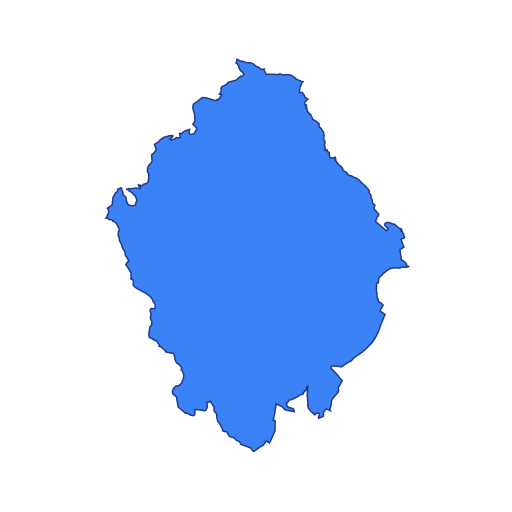 the district of Garbou, Salaj, Romania, rotated 36°
{"feature_id": "2599482B85635598983906", "entity_name": "Garbou", "entity_type": "district", "adm_level": 2, "iso_a3": "ROU", "parent_name": "Romania", "parent_adm1": "Salaj", "projection": "orthographic", "projection_center": [23.428, 47.145], "detail": "fine", "context": "isolated", "style": "filled", "palette": "blue", "viewbox_px": 512, "rotation_deg": 36, "n_neighbors": 0, "source": "geoboundaries", "source_scale": "gbopen_adm2", "svg_char_len": 6150}
<svg xmlns="http://www.w3.org/2000/svg" viewBox="0 0 512 512"><g transform="rotate(36 256 256)"><path d="M368.7,415.6L369.4,414.6L371.4,408.4L373.0,404.9L373.2,399.4L376.7,399.4L376.6,397.7L374.1,386.2L368.3,378.0L366.4,378.8L363.9,372.9L359.3,363.9L365.4,362.6L370.2,363.3L378.3,359.5L377.4,358.3L375.9,357.7L369.9,359.5L367.0,357.3L367.7,356.3L367.5,353.3L370.1,349.8L372.8,344.4L373.2,342.3L375.2,340.4L374.7,337.7L375.4,334.9L373.9,332.2L374.0,331.2L374.3,330.9L374.8,331.4L378.7,337.8L384.6,344.8L386.0,346.9L387.9,348.3L390.6,349.2L396.9,350.0L397.2,349.6L397.4,347.5L399.6,346.1L400.5,346.7L400.9,349.1L402.1,350.4L404.6,346.4L404.5,345.6L402.6,342.9L402.4,339.1L403.1,338.2L407.1,337.5L406.0,336.9L404.3,332.5L402.0,328.3L401.8,326.9L402.5,317.8L401.7,315.9L400.4,314.8L400.0,313.9L399.0,306.1L395.8,305.7L392.4,304.4L383.1,302.8L381.8,301.8L382.0,300.8L382.7,300.1L386.4,297.4L390.0,295.7L390.6,294.7L393.0,287.9L394.6,285.2L395.2,280.4L398.5,271.1L399.2,268.0L400.8,258.1L400.6,252.3L399.5,245.2L397.5,238.9L394.7,227.4L388.8,227.6L388.4,226.6L387.6,220.9L384.7,220.6L382.2,221.0L379.8,219.0L377.9,218.2L376.5,215.8L374.1,213.6L369.8,207.5L369.5,206.7L370.7,205.7L368.6,202.1L368.5,199.8L369.1,197.1L369.0,195.5L369.8,193.9L370.4,190.8L371.8,187.9L371.9,187.0L373.0,186.3L373.3,185.6L376.2,183.3L379.0,181.6L380.9,179.0L383.4,177.3L385.6,175.3L385.6,174.8L384.3,175.4L381.7,173.7L377.3,173.3L376.2,173.8L374.9,172.7L368.7,166.3L370.5,161.9L363.5,157.5L364.0,156.1L365.2,154.9L365.1,153.4L363.7,152.9L362.7,151.5L361.2,151.1L358.3,149.1L358.6,150.4L356.8,149.7L356.8,149.2L356.2,149.1L354.5,149.4L349.3,148.8L348.7,149.4L344.2,150.6L341.7,152.4L341.3,154.6L342.6,155.7L346.5,156.1L346.9,156.6L346.7,159.0L332.5,157.8L331.0,153.3L331.5,152.2L331.0,150.4L329.7,149.7L324.4,148.6L322.8,147.2L322.4,144.9L319.6,144.7L318.6,144.2L316.7,142.1L314.9,141.2L313.5,139.5L310.0,138.1L309.2,136.5L303.7,135.2L298.3,134.7L294.8,133.9L291.4,134.0L289.6,134.7L286.0,135.1L283.8,136.1L281.4,135.9L280.7,135.2L276.3,135.6L275.3,135.1L274.9,134.4L273.5,133.8L268.5,133.3L263.4,131.7L263.2,131.3L263.7,131.0L262.4,129.7L261.8,129.6L261.3,130.9L258.0,133.0L256.4,131.7L255.7,130.6L255.1,130.4L254.3,129.2L252.9,129.6L251.0,128.3L250.4,129.9L248.7,129.7L248.8,128.3L247.4,126.9L246.4,126.5L244.9,123.2L244.1,122.5L243.0,122.4L241.7,121.2L239.8,117.8L238.5,117.0L237.7,116.0L233.0,114.4L231.8,114.5L229.8,113.0L229.4,111.9L225.4,111.6L221.5,112.2L220.6,111.3L218.2,110.3L217.3,109.4L215.0,109.5L214.0,108.8L213.2,109.2L210.8,107.0L209.6,107.1L209.7,106.1L209.2,105.5L208.2,105.6L208.0,104.3L206.8,104.4L207.0,104.9L205.4,104.0L205.2,101.7L205.8,98.6L202.3,98.7L199.8,97.3L197.4,96.5L196.7,96.7L195.8,97.9L194.8,98.2L192.1,92.9L191.8,90.8L191.4,89.8L191.5,87.4L190.9,87.8L184.2,89.4L183.6,88.9L178.0,89.1L174.5,90.9L171.5,93.7L168.3,94.5L167.4,96.1L157.2,103.0L153.0,100.6L152.6,99.9L151.7,101.3L150.3,101.8L146.2,101.9L144.4,102.6L141.2,102.1L138.6,102.6L134.5,105.3L130.5,106.3L130.2,107.2L125.1,107.9L126.5,111.7L128.0,111.5L129.5,112.2L130.9,112.9L131.5,113.7L134.4,115.1L138.8,115.5L139.7,117.8L139.2,118.7L137.8,119.5L137.6,120.5L137.9,121.0L136.9,123.0L137.1,123.4L136.9,124.5L135.9,126.3L131.4,131.8L131.3,134.1L130.1,137.0L128.9,138.9L129.2,141.2L130.1,141.8L131.2,143.7L131.2,146.5L133.4,145.7L133.8,151.4L132.9,151.8L132.6,152.4L132.5,153.1L132.9,153.0L132.9,153.3L130.7,154.6L123.1,157.2L119.8,159.0L119.1,160.1L117.9,165.0L116.1,170.0L117.4,172.7L119.3,174.7L122.8,177.2L126.9,182.2L127.5,183.4L127.4,186.5L133.3,187.5L134.0,193.3L132.4,195.6L130.8,196.3L129.0,195.2L128.3,194.0L128.3,193.1L127.8,193.1L127.7,192.8L124.7,197.1L123.9,200.5L122.1,201.9L125.0,204.5L124.1,205.7L121.9,207.1L121.2,209.4L120.2,211.0L118.8,212.0L117.7,212.1L118.1,211.3L118.5,208.4L117.9,207.5L114.7,210.1L114.1,211.2L111.5,214.4L111.1,216.3L110.1,218.7L110.1,221.0L108.2,225.3L112.8,228.6L112.8,232.4L112.1,234.9L112.3,235.9L115.9,239.9L116.5,242.6L116.5,243.4L115.9,244.5L116.6,248.6L118.7,251.8L121.0,252.6L122.0,254.0L124.8,258.5L125.2,260.4L124.5,262.3L123.0,263.7L122.6,266.0L119.1,267.5L120.0,268.5L122.1,268.2L122.6,269.5L118.9,271.6L115.7,274.8L113.4,276.3L112.1,277.9L112.5,278.2L113.9,277.0L115.1,278.0L117.7,277.6L123.4,278.6L126.9,280.8L127.6,284.1L128.4,284.9L128.2,286.3L126.5,287.9L125.2,288.9L122.2,289.5L119.4,288.0L116.0,284.9L112.0,284.3L110.9,282.6L108.5,281.4L107.4,280.5L107.4,280.1L106.3,280.5L105.9,281.8L104.9,282.9L105.9,285.4L105.2,287.8L105.7,290.0L105.8,292.5L109.6,299.4L107.6,304.8L109.0,305.1L111.1,306.9L111.6,308.7L111.6,310.0L112.5,312.5L112.4,313.6L114.0,312.6L115.1,313.0L116.5,312.6L117.1,311.8L118.5,311.2L119.6,312.1L120.5,311.5L123.9,311.7L129.6,314.6L130.1,315.3L130.7,317.7L132.0,319.8L136.2,323.2L136.9,324.1L140.2,325.5L141.5,326.7L144.9,328.8L146.9,329.3L148.1,330.4L148.7,330.5L149.4,331.9L156.3,334.8L155.6,336.3L155.5,338.5L155.9,339.8L158.2,340.3L164.9,343.2L166.6,345.7L167.7,346.3L167.9,347.9L168.4,348.1L170.1,347.6L171.6,348.3L173.5,351.5L175.3,352.3L178.5,352.3L188.9,350.9L194.9,351.1L197.4,351.8L199.3,353.2L201.6,353.9L203.3,354.9L205.4,358.0L202.2,360.0L201.9,360.9L202.1,361.9L202.7,362.8L204.5,363.9L206.4,366.7L207.1,368.5L210.3,370.3L212.1,373.2L211.9,375.7L214.4,380.8L215.8,383.0L217.4,384.5L226.4,383.3L230.6,385.2L230.6,385.9L232.3,385.4L238.4,385.8L239.1,386.7L244.5,384.5L246.1,383.0L247.3,383.6L249.0,385.2L249.7,385.3L250.8,387.0L253.2,388.5L255.4,389.3L256.9,388.9L261.8,390.0L261.9,391.5L262.2,392.0L264.4,392.5L267.4,394.6L269.2,397.5L270.0,401.4L270.7,402.3L270.2,403.7L269.9,406.0L267.5,408.6L267.1,412.0L268.0,414.8L269.2,416.0L271.0,416.7L271.6,416.3L274.7,417.0L281.8,423.9L291.4,424.6L293.6,423.4L296.5,423.2L299.3,421.9L299.6,421.5L299.6,420.4L298.6,418.6L296.9,416.8L296.8,416.2L301.6,413.2L304.8,411.8L305.8,410.9L306.0,409.5L305.7,407.7L304.7,405.7L302.5,403.6L302.4,403.0L303.8,401.9L304.4,400.3L311.1,403.0L312.5,405.4L314.2,406.3L317.2,407.0L318.6,409.1L322.0,412.1L326.2,413.4L330.7,415.8L331.8,417.0L333.5,416.7L335.4,415.3L339.3,417.2L341.3,417.4L344.8,416.0L348.6,416.6L351.9,415.9L354.4,417.3L364.2,414.5L368.7,415.6Z" fill="#3b82f6" stroke="#1e3a8a" stroke-width="1.5"/></g></svg>